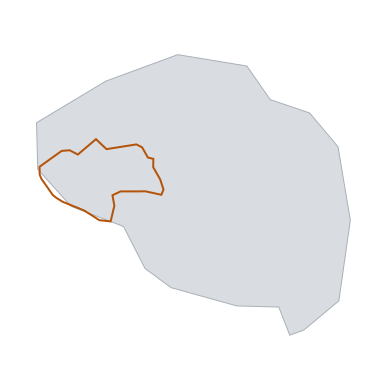 location of Pamplemousses within Mauritius, rotated 274°
{"feature_id": "MUS-5187", "entity_name": "Pamplemousses", "entity_type": "District", "adm_level": 1, "iso_a3": "MUS", "parent_name": "Mauritius", "parent_adm1": "", "projection": "mercator", "projection_center": [57.563, -20.102], "detail": "fine", "context": "in_parent", "style": "outline", "palette": "amber", "viewbox_px": 384, "rotation_deg": 274, "n_neighbors": 0, "source": "natural_earth", "source_scale": "10m", "svg_char_len": 771}
<svg xmlns="http://www.w3.org/2000/svg" viewBox="0 0 384 384"><g transform="rotate(274 192 192)"><path d="M247.3,334.5L174.8,351.9L93.7,346.1L62.1,313.2L56.0,299.5L83.3,286.6L81.5,244.5L95.1,177.8L112.4,150.5L152.8,126.1L169.2,72.4L204.0,36.5L250.3,32.1L296.6,98.3L328.0,168.1L321.5,237.9L289.6,263.6L279.0,303.9L247.3,334.5Z" fill="#d9dde1" stroke="#a8b0b8" stroke-width="1"/><path d="M157.0,112.9L157.4,101.6L166.1,85.5L173.2,63.7L176.7,57.1L179.2,53.4L195.0,40.6L198.9,38.8L206.6,38.2L223.9,59.1L225.1,67.0L221.4,75.5L238.0,92.5L228.8,103.7L235.6,133.2L233.1,139.1L223.3,145.6L222.4,151.1L214.0,151.6L202.3,159.4L192.5,163.4L187.1,161.6L189.4,145.6L187.6,120.7L183.2,112.9L172.8,115.5L160.1,113.4L157.0,112.9Z" fill="none" stroke="#b45309" stroke-width="2"/></g></svg>